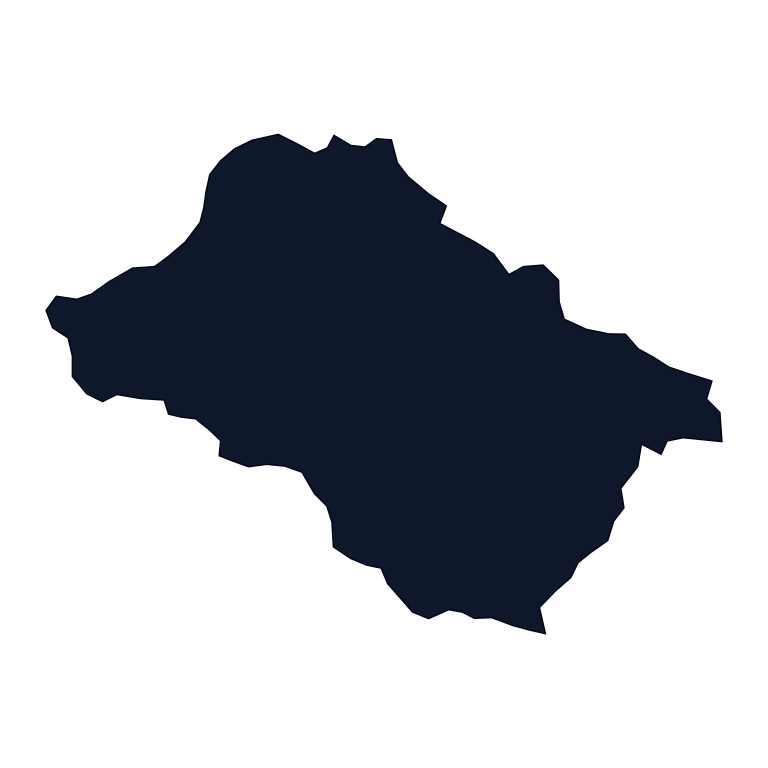 outline of Antônio Prado de Minas, Minas Gerais, Brazil
{"feature_id": "56859067B53819795798567", "entity_name": "Antônio Prado de Minas", "entity_type": "district", "adm_level": 2, "iso_a3": "BRA", "parent_name": "Brazil", "parent_adm1": "Minas Gerais", "projection": "mercator", "projection_center": [-42.153, -21.024], "detail": "fine", "context": "isolated", "style": "filled", "palette": "ink", "viewbox_px": 768, "rotation_deg": 0, "n_neighbors": 0, "source": "geoboundaries", "source_scale": "gbopen_adm2", "svg_char_len": 1347}
<svg xmlns="http://www.w3.org/2000/svg" viewBox="0 0 768 768"><path d="M334.0,135.4L327.4,147.9L314.6,153.4L298.9,144.8L278.3,134.4L252.0,140.3L234.6,148.8L220.6,160.8L209.8,174.5L206.0,192.0L203.8,207.9L200.0,222.6L185.2,242.1L168.3,256.5L154.6,266.6L132.6,268.1L109.2,281.6L91.5,294.1L76.9,299.3L56.4,296.3L46.1,310.4L52.6,327.8L68.1,337.9L72.4,356.0L72.4,376.5L86.9,393.9L102.6,401.6L116.6,394.5L140.6,398.5L164.1,400.0L168.6,414.1L181.8,417.2L195.5,418.7L210.3,430.6L220.6,440.7L219.2,455.7L233.2,461.2L248.6,466.7L266.6,464.3L284.9,466.1L302.0,472.2L314.3,493.4L326.9,506.2L332.0,522.4L333.4,546.9L350.9,558.6L366.3,565.0L381.1,568.1L387.7,583.7L400.9,598.7L412.6,612.1L428.6,618.6L448.6,609.7L462.3,612.1L474.3,618.3L491.7,617.6L513.1,625.6L530.0,630.2L545.4,633.6L539.4,607.5L555.7,590.7L570.8,577.5L578.2,562.5L590.8,552.4L607.7,540.5L613.7,521.2L623.9,507.8L620.8,488.2L637.7,466.7L641.4,444.1L661.1,454.2L667.1,441.0L683.1,437.7L721.9,441.6L719.9,412.6L706.5,399.1L711.9,381.1L687.4,373.4L668.5,367.0L654.5,357.8L638.2,348.9L625.4,334.2L608.5,333.9L586.2,329.3L564.2,319.2L559.1,301.8L558.5,280.1L543.1,265.1L523.4,266.6L508.8,274.6L493.4,253.8L475.1,242.1L439.7,223.5L446.3,206.0L428.8,194.1L408.3,177.0L397.4,162.9L391.4,139.9L376.6,138.7L365.1,147.0L350.9,145.5L334.0,135.4Z" fill="#0f172a" stroke="#020617" stroke-width="1.5"/></svg>